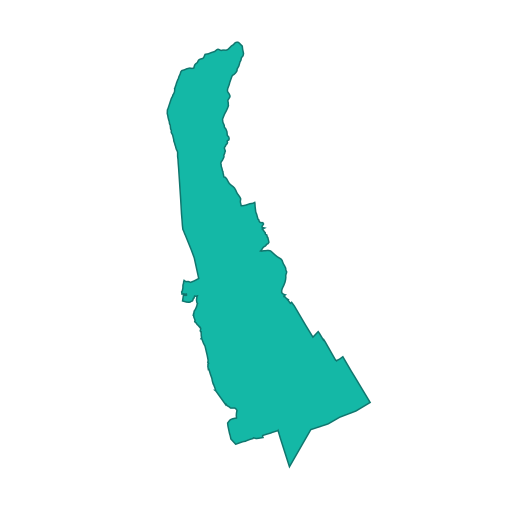 outline of Valea Seaca, Bacau, Romania, rotated 78°
{"feature_id": "2599482B95868275621614", "entity_name": "Valea Seaca", "entity_type": "district", "adm_level": 2, "iso_a3": "ROU", "parent_name": "Romania", "parent_adm1": "Bacau", "projection": "albers", "projection_center": [27.011, 46.251], "detail": "fine", "context": "isolated", "style": "filled", "palette": "teal", "viewbox_px": 512, "rotation_deg": 78, "n_neighbors": 0, "source": "geoboundaries", "source_scale": "gbopen_adm2", "svg_char_len": 6069}
<svg xmlns="http://www.w3.org/2000/svg" viewBox="0 0 512 512"><g transform="rotate(78 256 256)"><path d="M59.2,289.9L59.4,290.3L60.3,291.3L62.2,292.3L64.7,294.2L66.5,295.1L67.2,295.8L70.1,297.7L72.5,299.0L73.9,299.9L74.8,300.3L75.1,300.8L76.3,300.9L78.5,301.6L80.2,302.8L81.4,304.0L82.3,304.3L84.2,306.0L93.5,311.4L94.7,312.3L98.2,313.2L100.4,313.1L102.1,313.2L104.8,313.1L106.4,312.9L108.7,313.1L110.1,312.7L113.9,313.1L115.7,312.7L116.9,313.1L117.6,313.2L120.3,312.4L125.1,312.3L126.4,312.5L128.5,312.2L130.7,312.1L132.0,311.9L133.3,311.9L135.4,311.7L136.5,311.3L138.2,311.1L142.5,312.0L145.2,312.2L149.1,312.8L154.5,313.5L184.9,317.9L199.2,320.1L206.4,321.0L210.5,321.6L214.7,322.0L216.9,321.5L219.7,321.1L220.8,320.8L236.7,318.0L245.0,316.8L266.1,316.7L267.5,321.6L268.2,325.6L267.5,326.5L266.8,327.7L266.7,329.0L266.3,330.2L264.9,331.4L266.3,332.2L267.6,332.5L268.1,332.9L269.3,333.5L272.2,334.2L274.7,335.3L275.6,336.2L277.9,336.3L277.9,334.4L278.3,334.1L278.6,333.3L278.7,332.0L279.9,332.1L280.0,332.4L279.8,333.4L279.4,334.8L279.4,335.2L284.7,337.2L286.6,333.6L287.2,331.7L287.4,330.4L287.4,330.0L287.1,329.6L286.7,327.5L286.4,327.2L284.4,326.0L284.3,325.4L282.4,324.4L283.1,322.4L282.8,321.9L282.8,321.7L283.1,321.9L283.6,322.1L284.0,322.4L286.7,323.4L289.4,323.5L290.1,323.1L290.5,323.1L290.9,323.6L292.4,324.2L293.0,324.7L293.4,324.7L294.8,325.9L295.5,326.3L297.1,328.0L297.5,328.0L298.0,328.3L298.8,328.6L299.2,329.0L299.7,328.9L300.8,329.8L301.1,329.7L301.3,329.4L301.5,329.4L302.7,329.5L306.1,329.0L306.8,329.1L307.0,329.5L307.4,329.6L308.4,329.1L308.6,328.8L309.0,328.6L309.2,328.3L310.7,327.9L311.5,327.2L312.0,327.0L312.3,326.6L313.2,326.4L313.3,326.2L313.4,325.8L313.5,325.7L314.3,325.8L314.6,325.6L314.6,325.3L315.1,325.2L315.8,325.2L317.6,326.1L318.5,325.9L318.7,325.4L322.5,326.1L324.7,326.2L325.5,327.0L325.9,326.2L330.5,325.5L333.6,324.6L343.0,324.4L348.0,324.5L349.3,324.9L349.9,325.3L350.8,324.8L351.1,324.7L351.7,325.5L353.3,325.7L353.6,326.0L357.2,326.2L357.1,325.6L362.1,325.2L366.6,324.6L369.0,324.7L370.7,324.6L372.2,324.5L372.2,324.3L373.6,324.1L376.7,323.6L379.0,323.4L378.9,323.9L379.5,323.4L395.3,316.5L394.8,316.1L396.3,315.4L397.4,314.3L398.1,313.4L399.2,312.7L399.5,312.3L400.3,308.4L400.6,308.1L400.9,307.7L402.3,307.0L403.1,306.7L405.4,307.7L407.1,308.2L407.8,308.4L410.2,308.7L410.5,308.8L410.3,310.6L410.3,311.3L410.5,311.6L410.3,312.1L410.4,313.1L410.8,315.1L411.6,316.3L413.5,318.5L416.7,318.8L423.9,318.8L426.4,318.6L429.8,318.6L435.9,315.0L435.0,308.3L434.9,307.0L435.0,304.8L434.7,303.8L434.1,299.8L433.9,296.9L433.3,296.3L434.6,293.8L434.8,291.8L435.0,286.9L434.2,287.1L433.1,286.9L432.9,286.5L432.5,282.3L432.2,278.0L432.0,277.6L431.5,272.6L431.4,272.1L431.5,271.6L431.4,270.9L431.2,270.7L439.2,270.1L469.1,267.1L437.2,238.5L435.2,220.3L431.1,207.7L428.4,190.5L423.0,174.8L393.7,184.9L388.7,186.7L372.6,192.0L374.3,195.8L374.8,198.0L375.3,199.0L374.7,199.2L374.5,199.8L354.3,206.2L351.9,207.1L352.3,207.5L345.0,210.0L342.9,210.9L347.2,217.2L333.9,221.9L312.9,228.9L308.7,230.8L309.5,232.2L306.5,233.6L305.7,234.1L305.4,233.5L304.5,234.4L304.6,234.5L303.8,235.1L301.5,236.5L301.6,237.0L301.3,237.1L301.0,237.1L300.7,236.7L300.1,235.4L299.7,236.2L298.9,237.3L297.2,238.5L294.7,237.9L292.6,236.6L290.6,235.0L287.7,233.1L285.3,232.0L283.2,231.3L281.4,231.0L279.8,230.3L278.9,229.7L278.2,229.4L277.5,229.3L276.9,229.6L275.7,229.7L274.1,229.5L271.2,230.2L269.6,230.8L267.3,231.2L266.1,231.3L264.8,231.8L264.0,232.3L261.1,235.4L258.7,237.3L254.7,240.2L254.1,240.7L253.6,241.6L253.3,242.5L253.0,243.1L252.8,245.6L252.5,247.1L252.4,249.4L252.2,250.2L252.0,250.6L251.8,250.3L251.1,249.1L250.2,248.4L249.2,247.3L248.8,246.7L248.1,244.6L247.6,243.9L247.0,243.5L246.7,242.8L246.5,241.9L246.0,241.2L245.2,240.5L240.3,240.6L240.1,241.0L237.6,241.1L236.9,242.1L236.0,242.3L235.2,242.1L234.5,242.5L233.4,243.1L232.1,243.4L231.3,244.3L230.3,244.0L230.6,243.4L230.3,243.1L230.3,242.5L230.5,242.2L230.4,241.8L229.7,243.3L229.2,244.0L228.5,244.0L227.9,243.7L226.5,242.1L226.0,242.0L225.8,242.2L224.8,242.4L224.4,244.2L223.9,245.0L223.4,245.4L222.5,245.7L221.1,245.8L220.4,246.4L215.1,246.7L213.1,247.1L207.4,246.6L204.2,246.1L203.3,246.1L203.8,247.9L203.6,251.1L204.1,255.3L204.1,258.1L203.9,259.3L203.8,260.0L200.7,260.1L199.4,260.0L197.3,259.2L196.7,259.1L194.9,259.6L192.3,260.7L192.0,260.9L190.7,261.4L189.1,261.8L187.6,262.1L185.1,262.9L183.5,263.9L181.5,265.6L179.6,267.0L177.7,267.7L174.6,268.6L172.7,269.6L172.5,269.8L172.2,270.8L171.8,271.0L169.9,270.9L168.2,271.0L166.7,270.8L165.6,271.1L162.9,271.1L161.8,271.3L160.6,271.3L159.4,271.1L158.0,271.2L156.3,270.2L155.7,269.2L155.4,269.0L152.7,266.9L151.8,266.6L151.0,266.6L150.4,266.3L148.9,265.2L148.1,264.9L147.0,264.2L145.3,264.4L144.1,264.5L143.6,264.4L142.7,263.8L142.5,263.3L141.8,262.8L141.2,262.5L140.8,261.7L140.5,261.6L140.1,260.9L139.2,260.3L137.9,260.4L137.5,260.3L137.2,259.6L136.7,258.3L135.5,257.9L134.2,257.9L133.5,258.1L132.3,258.9L131.9,259.0L128.5,258.6L126.5,258.9L125.2,259.2L124.7,259.4L123.9,260.0L122.9,260.1L121.6,259.9L118.3,260.6L115.2,260.3L110.7,257.3L108.0,255.0L105.3,253.0L103.2,251.7L101.9,251.6L100.5,251.3L98.4,251.3L97.7,251.0L94.9,248.4L94.4,248.3L93.6,248.2L91.8,248.6L89.7,249.5L88.9,249.6L88.0,249.5L86.4,248.9L83.0,246.7L80.6,245.5L75.1,242.1L74.4,241.3L73.8,239.7L72.8,238.1L71.5,236.6L70.6,236.0L69.2,235.6L66.6,233.3L62.8,231.3L61.6,230.2L58.9,228.9L57.8,227.4L56.8,226.7L55.3,226.1L51.3,226.1L47.8,225.8L44.1,228.2L43.6,228.7L43.2,229.1L43.0,229.7L42.9,231.0L43.1,231.8L43.4,232.6L44.5,234.0L44.8,234.7L45.5,236.5L46.4,237.8L48.0,240.3L48.3,241.2L48.5,242.5L47.9,244.6L47.7,245.6L47.7,247.3L47.5,247.7L47.3,248.1L46.2,249.5L45.9,250.2L45.9,250.6L46.1,251.4L47.4,254.0L47.7,257.2L48.3,260.6L48.2,263.0L48.2,263.9L50.6,265.6L51.2,266.2L51.5,266.7L51.7,267.2L51.8,269.2L52.0,270.4L52.2,270.9L52.6,271.6L54.4,273.0L55.0,273.9L55.4,274.9L56.1,275.9L57.0,276.6L58.4,277.4L59.0,277.5L59.2,277.8L59.3,278.4L59.2,279.4L58.9,280.7L58.5,281.4L58.4,282.1L58.5,284.9L59.0,287.2L59.2,289.9Z" fill="#14b8a6" stroke="#0f766e" stroke-width="1.5"/></g></svg>